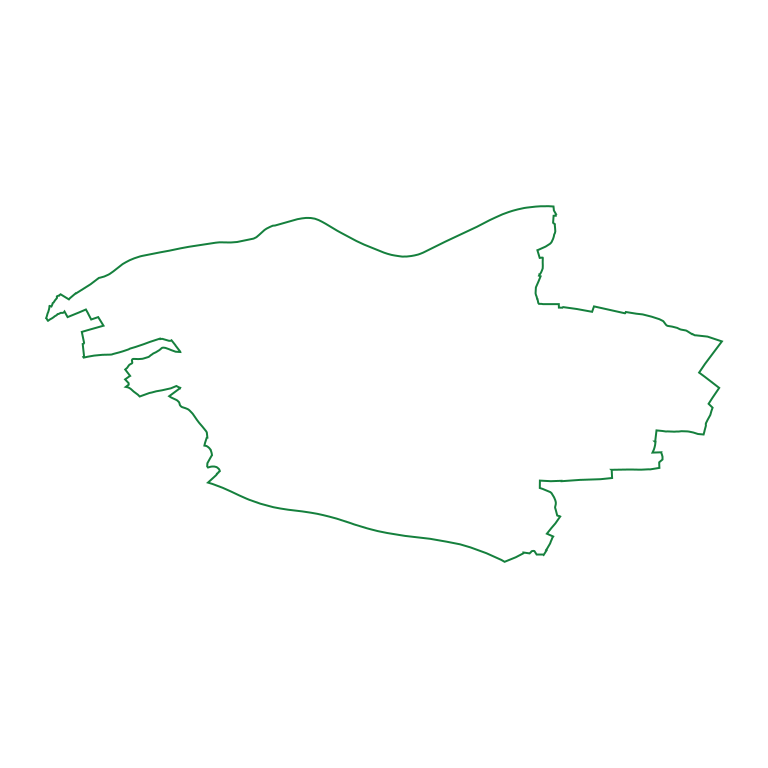 the district of Overbetuwe, Gelderland, Netherlands
{"feature_id": "6326949B83262310623938", "entity_name": "Overbetuwe", "entity_type": "district", "adm_level": 2, "iso_a3": "NLD", "parent_name": "Netherlands", "parent_adm1": "Gelderland", "projection": "natural_earth1", "projection_center": [5.758, 51.922], "detail": "fine", "context": "isolated", "style": "outline", "palette": "green", "viewbox_px": 768, "rotation_deg": 0, "n_neighbors": 0, "source": "geoboundaries", "source_scale": "gbopen_adm2", "svg_char_len": 5945}
<svg xmlns="http://www.w3.org/2000/svg" viewBox="0 0 768 768"><path d="M553.5,206.5L548.6,206.2L540.2,206.3L535.7,206.6L526.9,207.6L524.2,208.0L517.8,209.4L512.9,210.7L508.8,212.0L502.5,214.3L495.6,217.4L489.6,220.2L476.9,226.8L445.4,241.6L423.2,252.6L420.5,253.7L418.3,254.5L414.6,255.4L411.3,256.0L407.0,256.5L402.2,256.6L398.6,256.1L394.7,255.5L391.5,254.9L387.5,253.8L383.9,252.6L364.1,244.6L356.4,241.0L341.2,232.9L337.2,230.7L325.7,223.8L322.1,221.8L318.7,220.1L314.9,218.7L310.7,218.0L306.2,217.9L301.9,218.4L297.4,219.2L275.1,225.5L272.8,225.7L270.0,226.9L266.6,228.6L264.5,230.0L259.1,234.9L256.4,237.2L253.6,238.6L237.1,242.0L230.5,242.5L219.7,242.3L215.7,242.7L188.8,246.8L180.7,248.3L169.2,250.7L160.4,252.3L142.2,255.9L140.1,256.4L134.3,258.3L129.7,260.2L125.9,262.2L122.6,264.1L113.3,271.4L109.6,274.0L108.3,274.7L104.3,276.5L100.0,277.7L98.9,277.9L90.5,284.3L75.9,293.5L75.7,293.3L69.8,298.3L68.9,299.4L60.6,294.3L59.6,295.0L59.3,295.6L58.7,295.6L57.2,296.2L56.9,296.4L56.8,296.8L57.0,297.7L56.9,298.1L55.1,300.2L53.6,302.5L52.7,303.1L52.3,304.6L51.4,306.5L49.7,305.9L49.5,306.0L49.3,308.0L48.9,309.7L48.2,312.1L47.6,313.4L46.7,316.7L46.1,318.2L46.7,318.7L47.8,320.7L48.0,320.8L50.0,319.4L52.0,318.3L53.9,317.0L54.5,316.4L56.6,315.2L57.6,314.1L58.5,314.0L60.7,312.9L62.6,312.9L63.3,312.7L64.0,312.2L64.5,311.5L67.6,317.1L78.9,312.5L85.9,309.5L87.8,312.9L87.5,313.0L87.8,313.0L91.2,319.5L98.2,317.1L102.7,324.4L103.5,325.7L87.6,330.2L81.8,331.9L84.1,342.9L83.6,343.7L82.7,344.0L82.8,344.9L84.1,356.7L83.3,357.0L83.7,357.6L87.8,356.7L94.1,355.6L102.5,354.8L110.9,354.6L112.1,354.4L113.1,354.0L119.2,352.4L122.9,351.3L128.5,349.4L130.0,348.6L135.4,347.0L143.7,344.2L149.9,341.9L160.0,338.6L160.2,339.1L161.6,338.9L162.5,338.9L169.0,340.8L170.3,340.8L171.1,340.6L171.5,340.3L175.4,345.2L175.5,345.5L180.2,351.6L180.3,352.0L175.6,351.7L171.2,350.1L168.8,349.1L165.4,347.9L164.0,347.7L162.8,347.7L162.0,347.9L161.6,348.2L159.4,350.1L155.8,352.3L153.2,353.5L152.2,354.3L150.4,355.5L149.3,356.5L148.4,357.0L143.9,358.4L142.4,358.8L138.1,359.1L136.6,359.0L133.5,358.9L132.7,359.1L132.3,359.4L132.0,360.0L131.9,360.5L132.0,361.0L132.3,362.5L132.2,363.0L132.0,363.3L129.5,364.7L129.1,365.1L128.4,366.0L127.2,367.8L125.2,369.5L130.1,375.9L129.7,376.1L125.1,379.4L128.6,383.1L128.7,384.7L125.8,386.9L128.1,387.4L129.7,388.2L131.1,389.2L133.6,391.5L137.9,394.7L139.7,396.5L149.4,393.0L151.8,392.5L156.2,391.3L162.0,390.3L170.9,388.3L176.4,386.0L179.9,387.9L179.9,387.7L180.2,387.8L180.1,388.0L179.6,388.5L169.2,396.2L171.2,397.5L176.3,399.9L177.3,400.5L179.1,402.3L179.6,403.8L179.8,404.8L180.1,405.3L180.8,406.2L181.7,406.9L182.4,407.2L185.5,408.2L187.2,408.9L188.4,409.5L189.6,410.5L192.1,413.1L192.8,413.9L197.0,420.0L199.2,422.9L202.4,426.6L206.1,431.2L206.8,432.4L207.4,437.7L206.7,437.8L205.0,443.0L204.4,445.6L206.5,446.0L207.8,446.8L209.1,447.9L210.6,449.7L210.5,449.9L210.9,450.6L211.6,452.9L212.0,455.2L211.8,455.4L210.4,457.8L207.4,463.2L207.2,466.4L208.0,467.5L210.8,466.7L212.4,466.5L214.1,466.5L215.8,466.9L216.5,467.1L217.2,467.5L218.8,468.9L219.2,469.5L219.7,470.6L219.8,471.2L218.6,472.1L218.4,472.4L218.4,472.6L216.9,473.7L216.8,473.9L217.0,474.1L216.1,475.2L208.0,482.6L212.3,483.9L222.7,487.8L231.2,491.6L239.2,495.4L246.4,498.6L249.3,499.8L260.4,503.7L268.9,506.0L273.4,507.2L280.3,508.5L288.0,509.7L302.2,511.4L310.9,512.7L317.2,513.8L323.1,515.1L329.2,516.6L336.6,518.6L351.1,523.3L354.1,524.4L367.0,528.3L371.1,529.4L377.8,531.1L387.2,533.0L405.0,535.9L430.1,538.8L446.7,541.7L460.0,544.3L470.5,547.4L486.4,553.2L501.3,559.9L504.6,561.8L515.7,557.3L523.4,553.3L523.4,552.5L529.6,553.4L529.9,553.0L530.7,552.4L531.5,551.4L532.0,551.1L533.3,550.9L534.2,551.0L534.5,551.2L536.6,554.5L541.7,554.5L543.3,554.6L543.2,554.7L543.6,555.0L546.6,550.3L546.1,550.0L547.0,548.8L550.1,543.5L550.9,541.3L551.8,539.3L552.2,538.1L553.2,536.5L546.9,533.7L551.6,527.8L555.4,523.4L560.2,516.5L559.4,516.1L557.3,515.6L557.2,515.5L555.9,510.4L555.1,507.7L555.1,507.1L555.8,504.1L555.8,502.2L555.3,500.3L554.1,497.4L551.5,493.1L550.3,492.1L542.6,488.9L539.8,488.0L539.9,480.6L550.8,481.2L561.6,480.8L561.6,481.2L579.9,479.9L600.5,479.2L610.3,478.2L612.1,478.0L611.7,470.0L611.5,469.8L630.2,469.5L640.9,469.7L648.8,469.3L650.1,469.4L659.4,467.9L659.3,466.2L659.2,462.5L659.3,462.2L662.5,459.5L662.5,456.7L661.8,454.2L661.2,452.7L661.3,452.3L652.5,452.6L653.9,449.5L654.6,447.2L655.1,445.0L655.5,441.9L655.0,441.8L654.7,441.5L655.2,441.5L655.2,441.1L654.8,441.1L655.4,440.8L655.3,440.5L656.5,430.4L662.5,431.0L665.9,431.5L667.6,431.4L674.7,431.7L676.4,431.5L679.0,431.5L681.5,431.2L687.4,431.4L689.0,431.6L693.3,432.5L698.0,434.0L703.6,434.5L704.5,431.1L704.6,430.5L705.9,425.7L705.8,424.2L706.0,423.5L705.9,423.3L707.8,419.5L710.3,415.0L711.3,411.4L711.9,409.6L712.6,407.7L708.6,403.8L712.4,397.9L719.2,387.9L704.8,376.8L699.1,372.6L705.0,363.9L721.9,341.4L707.5,336.6L695.7,335.3L694.9,335.3L694.4,335.1L692.4,334.0L692.1,334.2L687.0,331.0L686.0,330.5L681.1,329.6L679.8,329.2L677.2,327.9L672.9,326.8L672.1,326.6L667.7,325.9L666.8,325.5L666.0,324.8L663.3,321.2L662.2,320.6L659.4,319.2L651.7,316.7L642.6,314.4L636.3,313.7L625.8,312.0L625.2,313.2L625.0,313.3L594.0,306.4L592.1,311.8L576.8,309.0L563.1,307.1L562.5,307.6L562.4,307.7L558.9,307.6L558.8,304.1L545.9,304.1L542.8,304.1L541.6,303.9L539.0,303.9L538.3,303.0L537.5,299.1L537.2,299.1L536.6,296.6L536.0,295.1L535.6,293.5L535.6,292.7L535.9,287.4L538.6,281.2L540.6,276.3L539.0,275.7L539.5,274.8L539.4,274.6L539.4,274.3L539.7,274.3L540.2,273.9L541.1,272.4L542.0,270.3L542.7,268.4L542.8,265.6L542.7,262.2L542.8,258.2L542.8,257.9L542.7,257.7L542.1,257.6L539.7,257.9L537.4,250.2L538.7,249.7L545.6,246.6L550.0,243.8L551.1,242.7L551.6,242.0L553.1,238.8L553.8,236.6L554.2,234.5L554.9,233.1L555.3,231.4L555.1,228.3L554.8,225.2L554.9,224.3L554.6,223.8L553.6,223.4L553.1,222.7L553.6,215.8L555.8,215.7L555.7,213.8L555.8,213.8L553.9,210.5L553.5,206.5Z" fill="none" stroke="#15803d" stroke-width="2"/></svg>